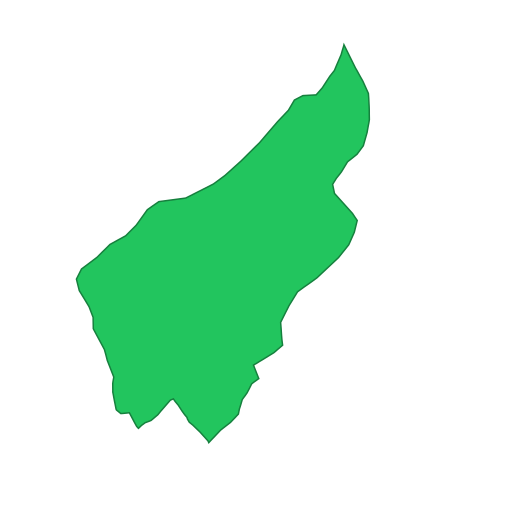 the district of Lanny Jaya, Papua, Indonesia, rotated 138°
{"feature_id": "22746128B21145180666794", "entity_name": "Lanny Jaya", "entity_type": "district", "adm_level": 2, "iso_a3": "IDN", "parent_name": "Indonesia", "parent_adm1": "Papua", "projection": "natural_earth1", "projection_center": [138.324, -3.957], "detail": "fine", "context": "isolated", "style": "filled", "palette": "green", "viewbox_px": 512, "rotation_deg": 138, "n_neighbors": 0, "source": "geoboundaries", "source_scale": "gbopen_adm2", "svg_char_len": 2676}
<svg xmlns="http://www.w3.org/2000/svg" viewBox="0 0 512 512"><g transform="rotate(138 256 256)"><path d="M416.8,177.1L416.1,172.7L415.7,166.7L415.4,162.7L415.4,158.8L415.4,151.7L415.4,150.7L416.0,148.9L412.6,149.2L407.1,149.6L398.8,150.3L397.7,150.2L395.8,150.1L386.3,149.4L385.1,149.5L382.5,149.7L379.5,149.9L377.7,150.1L375.1,150.3L374.9,150.3L372.9,151.8L370.6,153.5L368.5,154.7L365.2,156.7L362.3,158.5L361.9,158.6L360.1,159.0L357.5,159.5L354.1,160.3L353.9,160.4L350.9,161.5L350.3,161.7L347.8,162.7L344.7,163.9L342.1,163.7L338.6,163.3L336.5,163.1L336.0,163.0L333.2,170.5L332.3,172.9L330.9,176.6L328.7,176.2L327.6,175.9L324.0,175.3L321.1,174.7L313.4,173.3L311.8,173.0L307.5,172.2L305.1,172.1L302.7,172.1L300.2,172.0L295.9,171.9L294.2,174.4L293.0,176.1L292.5,176.8L289.9,180.2L285.5,185.8L282.1,190.2L272.2,194.1L267.5,195.9L264.7,197.0L261.3,198.0L257.2,199.2L249.1,201.6L241.2,200.8L233.1,199.8L225.3,199.0L211.2,199.3L195.8,199.6L190.4,200.5L186.0,201.2L179.5,202.3L167.4,207.7L166.7,208.1L157.0,214.7L156.5,218.5L155.8,223.1L155.8,227.2L155.8,230.5L155.8,239.8L155.8,240.6L155.8,250.0L151.1,258.0L144.2,260.0L139.2,260.8L136.1,261.4L125.1,264.7L124.2,264.7L121.6,264.5L112.9,264.0L105.0,265.6L102.5,266.1L90.9,273.4L85.5,277.6L83.1,279.4L80.5,281.5L76.5,286.1L75.5,287.2L73.9,289.0L71.8,291.5L66.5,298.0L63.7,301.6L59.6,314.4L58.2,320.7L56.9,326.2L56.6,327.6L56.2,329.6L56.1,329.8L49.3,354.1L50.3,353.4L54.6,350.8L58.1,348.6L64.4,345.7L69.4,343.4L73.6,341.4L77.2,340.8L80.8,340.2L87.9,338.3L94.2,336.6L103.5,335.5L113.8,343.8L116.5,344.5L123.1,346.2L134.4,342.6L149.9,341.4L167.1,339.2L177.7,337.8L183.0,337.6L203.5,336.6L211.5,336.6L225.1,336.6L239.5,338.0L257.7,342.9L269.5,346.1L291.8,361.4L298.9,362.3L305.8,363.1L321.7,359.6L324.6,359.0L334.2,358.5L339.3,358.2L347.7,360.2L355.1,361.9L356.7,362.3L362.4,362.0L367.8,361.8L374.9,361.4L394.4,363.1L399.0,361.3L404.9,359.0L406.2,356.6L409.6,350.2L410.5,348.5L412.1,339.8L414.0,330.0L418.1,319.4L424.2,312.4L425.6,310.8L431.2,288.0L433.7,283.0L435.7,279.2L436.3,278.1L440.8,266.2L442.7,261.2L446.5,258.2L446.8,257.9L447.7,257.2L452.8,251.4L453.2,251.0L453.4,250.8L455.1,248.0L458.3,242.8L459.7,240.4L461.8,236.9L462.4,235.9L462.7,235.2L462.7,234.7L462.0,230.1L461.9,229.4L460.3,228.1L458.5,226.8L455.0,224.2L457.8,213.1L458.6,209.7L458.7,209.2L458.7,206.6L457.5,206.6L454.7,206.7L454.4,206.7L451.3,206.4L450.0,206.3L445.7,204.6L444.0,204.0L441.7,203.9L437.9,203.8L435.2,203.7L430.1,204.5L429.8,204.5L422.6,205.4L416.1,206.2L413.0,205.1L413.4,202.0L413.6,197.1L413.8,195.9L414.7,190.3L415.2,185.8L415.2,185.7L415.3,182.1L416.0,180.9L416.7,177.6L416.8,177.1Z" fill="#22c55e" stroke="#15803d" stroke-width="1.5"/></g></svg>